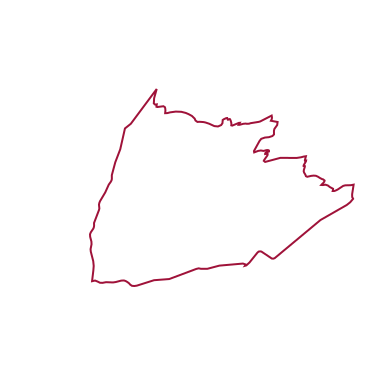 the border of North Karelia, rotated 143°
{"feature_id": "FIN-3190", "entity_name": "North Karelia", "entity_type": "Province", "adm_level": 1, "iso_a3": "FIN", "parent_name": "Finland", "parent_adm1": "", "projection": "equal_earth", "projection_center": [29.553, 62.804], "detail": "fine", "context": "isolated", "style": "outline", "palette": "rose", "viewbox_px": 384, "rotation_deg": 143, "n_neighbors": 0, "source": "natural_earth", "source_scale": "10m", "svg_char_len": 2728}
<svg xmlns="http://www.w3.org/2000/svg" viewBox="0 0 384 384"><g transform="rotate(143 192 192)"><path d="M194.1,101.2L192.7,101.7L194.4,104.2L214.4,116.7L225.9,121.4L231.0,125.2L232.6,127.0L234.9,128.0L262.6,136.2L275.4,144.4L292.4,150.4L294.6,151.6L296.4,153.2L297.1,155.2L297.2,156.9L297.8,159.0L298.6,160.9L299.6,162.3L301.8,163.8L307.1,166.0L309.5,167.3L314.9,171.7L316.9,172.7L318.0,173.2L320.1,174.9L321.3,177.3L322.7,179.6L325.5,180.9L318.2,188.5L315.0,192.1L312.5,196.2L308.7,205.3L307.4,207.4L303.7,210.7L302.2,212.9L300.3,217.5L298.9,219.6L297.1,220.7L292.7,222.2L291.4,223.1L290.4,224.1L288.9,226.2L277.1,233.6L275.9,234.6L273.9,237.9L272.5,239.1L271.0,240.0L261.5,243.9L254.0,248.0L250.8,249.0L249.3,249.7L248.2,250.6L245.9,253.7L235.4,261.9L223.6,269.3L207.3,283.1L207.2,283.1L199.8,283.3L158.2,295.5L165.8,289.7L169.2,285.7L168.8,283.9L167.4,283.2L169.1,281.5L168.5,280.7L163.2,277.7L162.6,276.0L163.1,274.8L164.1,273.2L166.0,271.1L164.1,269.8L161.6,268.8L156.6,266.0L152.3,262.5L149.4,258.9L147.9,256.3L146.3,252.8L145.7,249.0L146.2,247.0L145.5,244.7L143.8,243.6L140.7,240.9L139.4,239.4L137.2,236.2L134.5,231.2L131.8,228.7L128.4,227.9L126.3,228.6L124.5,230.6L124.2,231.0L122.9,231.0L120.2,230.4L119.4,229.9L119.5,229.7L119.9,228.2L119.7,228.0L118.7,227.9L118.2,227.7L117.9,227.5L118.0,226.3L118.3,225.3L119.0,223.6L119.9,222.2L120.5,221.6L119.9,220.8L113.0,219.0L112.2,218.5L114.3,217.6L113.5,217.0L110.0,215.6L107.9,214.3L107.2,213.5L105.3,212.2L103.8,211.7L96.6,207.9L95.1,207.3L82.4,205.1L83.2,203.5L84.2,202.4L84.8,202.0L86.1,201.4L81.5,196.4L83.7,194.2L88.2,192.8L89.7,191.6L91.9,188.6L94.1,188.3L97.6,189.5L101.0,191.6L104.7,192.8L107.4,192.1L117.9,187.4L118.5,186.2L114.4,185.0L112.0,183.7L110.1,181.7L107.5,180.7L106.1,179.8L105.6,178.8L106.1,178.1L106.7,178.4L108.1,178.9L109.5,179.0L110.3,178.8L110.7,178.3L110.3,178.1L109.0,177.3L108.6,177.1L109.2,176.2L110.2,175.7L114.9,174.2L115.9,173.7L115.5,172.0L100.9,166.1L87.9,156.2L84.0,154.1L81.5,153.1L79.5,152.0L82.8,149.4L83.0,148.8L82.0,148.4L82.4,148.0L86.8,146.1L87.2,145.6L87.0,145.4L86.3,144.9L86.6,144.3L89.4,142.3L90.4,141.2L90.8,140.0L91.0,137.8L91.2,137.0L91.5,136.1L90.8,134.8L87.2,133.2L85.0,131.9L83.3,130.4L82.2,128.4L81.4,126.2L80.4,124.1L79.7,123.2L79.2,121.4L80.0,120.7L81.7,120.2L83.5,120.0L84.5,119.8L83.2,118.7L81.1,117.6L79.6,115.5L78.9,112.9L77.4,109.7L78.7,108.3L79.0,108.1L78.0,107.3L76.7,106.8L74.2,106.3L67.6,105.9L65.6,105.1L61.0,101.8L58.5,100.6L65.4,93.9L66.6,92.3L67.2,91.3L67.3,89.9L67.4,89.6L71.8,88.6L76.2,88.5L106.2,92.3L165.8,89.4L167.1,89.8L168.3,90.8L172.4,102.6L173.0,103.3L174.3,104.2L174.9,104.3L176.3,104.2L188.5,101.1L192.8,100.7L194.1,101.2L194.1,101.2Z" fill="none" stroke="#9f1239" stroke-width="2"/></g></svg>